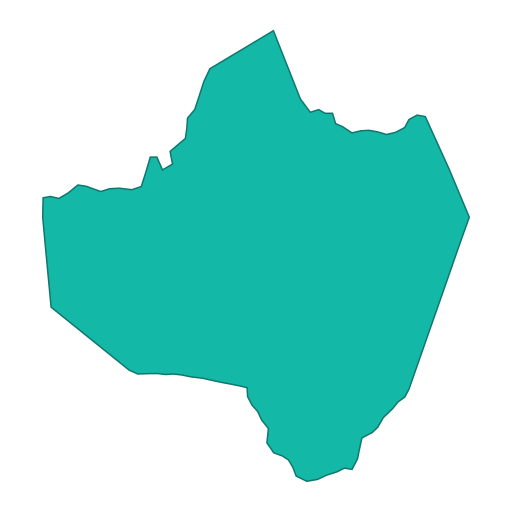 Nazarezinho, Paraíba, Brazil
{"feature_id": "56859067B95822708783593", "entity_name": "Nazarezinho", "entity_type": "district", "adm_level": 2, "iso_a3": "BRA", "parent_name": "Brazil", "parent_adm1": "Paraíba", "projection": "equal_earth", "projection_center": [-38.331, -6.95], "detail": "fine", "context": "isolated", "style": "filled", "palette": "teal", "viewbox_px": 512, "rotation_deg": 0, "n_neighbors": 0, "source": "geoboundaries", "source_scale": "gbopen_adm2", "svg_char_len": 1257}
<svg xmlns="http://www.w3.org/2000/svg" viewBox="0 0 512 512"><path d="M409.0,389.1L431.7,324.2L445.0,286.3L457.1,251.5L462.6,235.9L469.3,217.2L449.0,168.8L425.3,116.6L417.1,115.1L409.0,119.5L404.7,127.5L395.7,132.3L386.5,134.5L377.4,131.8L368.9,130.3L360.8,130.8L352.0,132.9L342.4,126.6L335.6,123.6L332.5,113.3L325.0,113.3L318.7,109.6L310.3,112.3L300.4,99.0L273.4,30.7L209.9,68.7L203.9,81.4L199.3,95.7L194.7,109.6L187.5,118.1L186.8,128.6L185.4,138.4L178.2,144.5L170.1,151.4L172.5,164.1L162.5,169.9L156.9,157.1L150.3,157.1L146.0,171.7L141.3,186.5L131.9,189.7L119.2,188.2L109.7,188.7L100.8,191.5L92.8,188.7L86.4,186.3L77.9,185.0L68.1,193.0L58.9,198.4L50.4,196.5L43.1,197.8L42.7,217.2L44.8,240.2L51.1,307.2L129.1,370.1L137.9,374.0L150.1,373.6L158.0,373.6L165.7,374.5L173.2,374.0L181.3,374.9L191.2,376.9L202.4,378.2L213.1,380.6L223.0,382.7L231.8,384.3L240.1,386.0L247.1,387.7L247.6,396.7L252.1,405.2L257.7,411.5L261.6,420.0L268.4,428.5L266.9,442.8L273.7,452.8L282.7,456.1L288.5,460.0L292.7,467.0L296.2,476.1L306.8,481.3L317.6,479.4L326.5,475.2L337.1,471.8L344.5,468.1L352.0,469.4L357.5,458.9L359.2,450.4L361.9,438.0L372.4,432.4L377.7,427.3L383.3,417.6L392.5,408.8L398.1,401.9L404.9,396.9L409.0,389.1Z" fill="#14b8a6" stroke="#0f766e" stroke-width="1.5"/></svg>